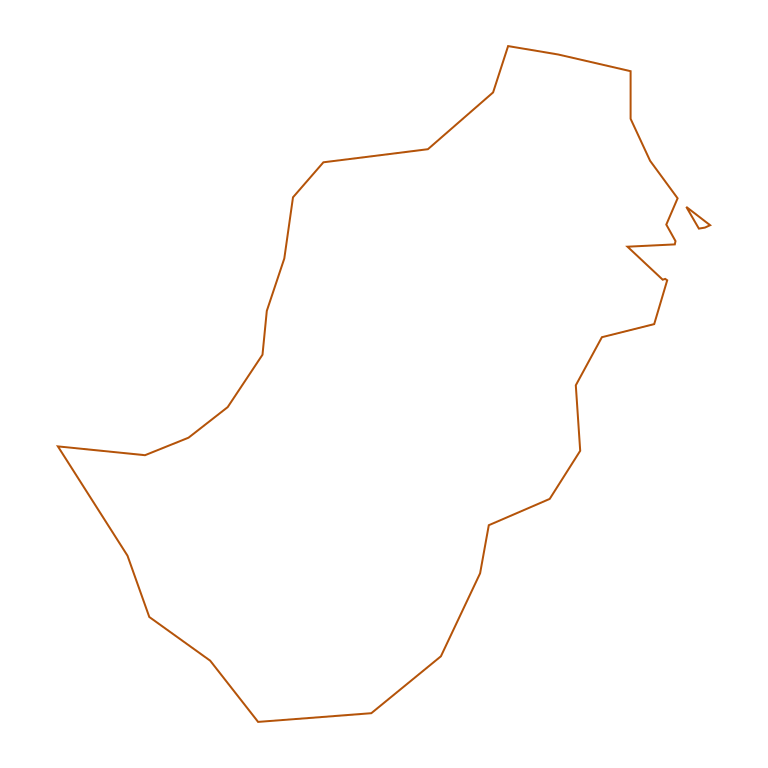 Potamia, Nicosia, Cyprus (Albers equal-area conic projection)
{"feature_id": "46923920B79124900132946", "entity_name": "Potamia", "entity_type": "district", "adm_level": 2, "iso_a3": "CYP", "parent_name": "Cyprus", "parent_adm1": "Nicosia", "projection": "albers", "projection_center": [33.464, 35.05], "detail": "fine", "context": "isolated", "style": "outline", "palette": "amber", "viewbox_px": 768, "rotation_deg": 0, "n_neighbors": 0, "source": "geoboundaries", "source_scale": "gbopen_adm2", "svg_char_len": 662}
<svg xmlns="http://www.w3.org/2000/svg" viewBox="0 0 768 768"><path d="M57.9,446.4L127.5,555.7L149.3,617.0L210.2,660.7L258.1,721.9L371.3,713.2L440.9,656.3L480.1,573.3L488.8,525.2L549.7,498.9L580.2,450.8L575.8,385.3L601.9,337.2L654.2,324.1L667.2,280.3L665.2,278.9L662.7,279.7L627.5,246.7L674.8,244.4L675.5,241.1L666.3,224.6L677.6,198.3L650.1,160.8L630.6,118.8L630.6,71.2L558.2,54.5L508.1,46.1L493.1,92.4L427.9,149.2L323.4,162.3L293.0,197.3L284.3,258.5L266.8,310.9L262.5,354.7L227.7,407.1L188.5,437.7L145.0,455.2L57.9,446.4ZM707.1,226.6L710.1,225.2L686.3,206.9L694.7,221.4L698.9,228.6L704.9,227.6L707.1,226.6Z" fill="none" stroke="#b45309" stroke-width="2"/></svg>